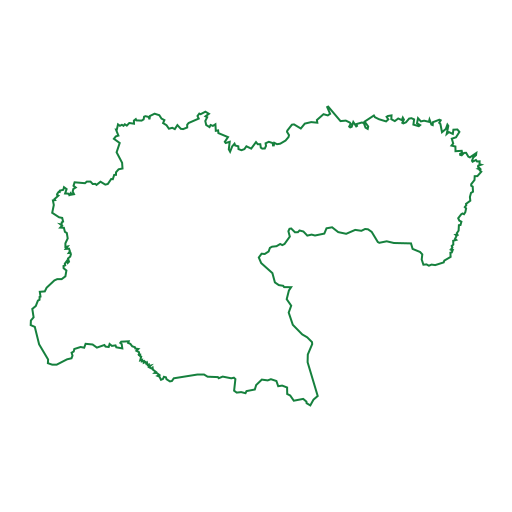 Baray, Kâmpóng Thum, Cambodia
{"feature_id": "14789045B44673491264626", "entity_name": "Baray", "entity_type": "district", "adm_level": 2, "iso_a3": "KHM", "parent_name": "Cambodia", "parent_adm1": "Kâmpóng Thum", "projection": "albers", "projection_center": [105.123, 12.367], "detail": "fine", "context": "isolated", "style": "outline", "palette": "green", "viewbox_px": 512, "rotation_deg": 0, "n_neighbors": 0, "source": "geoboundaries", "source_scale": "gbopen_adm2", "svg_char_len": 6031}
<svg xmlns="http://www.w3.org/2000/svg" viewBox="0 0 512 512"><path d="M171.9,381.0L173.8,378.3L197.6,374.5L204.0,374.5L207.6,376.7L217.9,377.1L218.7,378.2L222.7,376.6L231.3,378.3L233.9,377.7L235.4,379.1L234.1,390.7L236.7,392.6L241.2,392.1L245.5,393.2L246.5,391.1L254.8,389.5L256.2,385.0L261.8,379.6L267.7,380.4L270.9,379.2L276.4,381.0L278.2,386.2L282.2,385.6L287.1,387.5L287.2,394.0L290.2,395.5L293.8,400.7L303.2,398.9L306.4,401.6L306.6,403.2L310.3,405.4L313.5,399.6L317.7,396.0L307.6,362.2L307.8,354.5L312.2,344.1L312.0,342.1L307.2,337.3L302.2,334.4L292.8,324.8L288.7,312.6L291.2,305.7L286.7,299.2L288.9,290.5L291.1,287.2L284.1,287.1L283.2,285.8L278.8,285.1L274.9,282.4L272.4,273.1L261.2,263.1L258.8,257.5L261.6,253.7L264.7,254.0L268.6,251.5L269.9,247.9L272.0,246.7L276.5,246.2L280.2,244.0L282.3,245.1L284.5,244.0L289.8,236.6L288.4,231.2L289.5,228.8L291.2,228.5L295.0,232.3L297.9,232.2L299.5,230.5L303.4,231.5L307.3,235.6L311.6,234.6L315.0,235.5L324.3,233.6L326.5,228.3L332.1,227.3L338.2,232.1L346.2,233.8L355.2,229.9L361.4,230.8L365.1,229.0L368.0,229.3L371.7,231.9L377.8,242.0L379.3,242.8L386.7,241.3L393.9,243.0L411.0,243.4L412.6,248.9L420.1,252.0L422.3,254.4L421.7,259.5L423.4,264.7L426.5,264.4L428.9,265.7L431.5,264.6L435.2,265.1L443.7,262.4L444.3,260.6L450.6,256.9L450.4,252.7L451.8,252.4L452.5,250.6L451.2,249.9L452.4,249.4L451.5,248.7L452.4,247.4L451.7,246.0L453.3,244.6L453.2,240.8L456.2,239.9L455.0,238.9L456.6,235.8L455.7,234.9L457.5,234.8L456.8,233.2L458.6,230.6L458.9,225.2L460.5,225.0L461.4,221.7L459.3,220.6L458.2,218.2L461.2,214.3L462.5,213.5L464.0,214.2L465.3,212.2L466.1,208.4L464.8,207.1L466.3,205.2L466.0,203.9L470.3,200.7L469.9,197.0L471.0,192.9L473.0,191.7L472.7,186.6L471.2,185.7L471.2,184.2L474.5,180.0L474.7,176.2L477.4,176.1L481.3,171.7L479.8,170.4L480.3,169.6L478.3,168.8L479.7,168.3L478.0,166.8L478.2,165.7L481.1,164.7L479.5,164.2L479.6,161.3L477.1,161.5L475.9,160.0L472.6,161.7L472.0,160.8L473.2,157.5L476.0,155.2L476.3,153.0L469.9,157.4L468.3,156.6L466.1,152.8L464.1,152.9L461.7,155.3L460.2,154.9L460.1,153.9L462.1,152.6L461.7,150.8L455.5,151.2L455.4,146.5L451.5,145.6L453.2,143.5L451.8,138.7L456.0,137.3L459.4,131.9L457.4,129.5L453.4,129.7L452.8,133.9L448.9,132.1L446.7,134.0L448.3,125.9L447.4,124.6L445.8,129.0L442.0,132.2L440.4,124.0L439.2,122.8L440.7,120.3L439.4,119.7L432.9,122.2L432.7,125.1L431.4,124.6L429.5,119.5L428.9,121.8L424.1,120.7L420.9,121.4L418.0,118.2L417.0,123.3L420.1,125.1L418.8,126.2L413.4,124.6L414.1,119.4L411.4,118.2L409.1,118.6L406.0,122.3L403.3,123.4L402.3,122.8L403.9,119.6L402.8,117.6L401.8,120.1L398.2,118.5L394.8,121.1L391.3,119.2L391.5,115.4L387.9,116.0L386.6,116.8L388.3,119.4L386.1,121.4L378.9,119.2L374.9,117.2L373.9,115.5L364.6,121.6L368.2,126.5L367.7,128.9L365.5,127.6L363.9,123.2L361.9,122.5L356.3,124.1L357.0,125.9L356.2,126.4L353.3,122.0L351.7,126.8L350.2,127.4L349.2,126.6L350.7,123.8L349.9,122.6L345.8,120.6L340.5,121.1L328.2,106.6L327.2,107.1L330.1,113.8L327.8,115.4L323.5,114.2L316.9,120.0L317.3,122.7L311.2,122.1L304.8,123.6L300.8,128.5L294.0,124.4L291.9,124.7L287.3,130.6L287.0,131.8L289.0,135.1L288.5,137.1L285.5,140.6L280.2,143.7L277.0,144.2L274.3,142.8L273.8,145.4L273.0,145.4L272.8,143.1L268.8,141.8L265.6,143.3L266.0,145.9L264.8,148.5L262.2,148.6L260.8,147.6L260.3,144.2L257.7,144.2L256.0,142.1L251.2,148.6L246.4,146.3L244.4,149.1L241.5,150.2L238.5,149.1L238.3,146.3L235.2,145.5L234.5,143.7L232.2,146.4L230.1,151.7L228.8,149.3L229.7,141.8L225.7,143.0L224.8,141.8L228.0,137.1L218.4,133.1L218.1,130.4L215.8,130.8L215.4,124.3L212.9,125.9L210.6,125.0L209.5,127.1L206.2,125.0L205.3,121.0L207.2,117.2L205.5,116.3L208.9,113.8L205.4,111.7L200.6,114.2L199.3,113.6L197.5,116.0L198.7,118.6L188.6,123.0L187.2,124.7L187.2,127.5L183.1,129.1L180.8,128.8L177.4,125.1L174.8,129.1L172.3,127.8L168.9,128.7L166.5,125.2L163.1,123.1L164.4,120.1L161.5,118.6L159.3,115.2L154.6,113.7L149.9,116.0L149.5,119.3L148.6,116.9L145.4,116.2L144.1,116.7L143.6,119.4L141.6,120.6L136.4,120.4L135.8,119.1L133.9,120.6L134.0,123.7L129.3,123.0L126.8,125.6L124.8,124.3L123.5,125.8L121.9,124.8L119.9,125.8L118.0,124.4L116.8,129.7L116.0,129.6L118.4,135.6L115.8,136.4L113.9,138.8L119.7,143.0L116.6,152.3L122.1,162.8L122.5,168.5L118.6,169.3L116.0,172.3L116.0,174.8L114.2,174.9L112.8,179.2L111.2,179.0L107.8,184.0L105.3,184.6L100.5,181.7L96.5,184.9L95.4,183.9L92.7,184.0L90.5,181.6L86.8,181.6L85.0,183.2L74.6,182.3L73.5,185.8L75.7,187.5L73.3,189.0L72.7,191.5L74.0,194.2L70.6,194.8L71.5,193.8L70.7,193.0L69.5,194.9L68.1,193.6L65.1,193.5L66.6,189.1L64.0,187.2L63.3,189.8L59.9,190.6L59.7,192.0L58.7,191.8L57.3,193.7L57.0,194.8L58.4,195.6L54.5,199.1L55.1,200.1L52.9,200.4L53.8,205.0L52.2,212.8L59.1,217.3L62.2,217.9L63.1,221.6L61.7,222.4L61.7,224.5L60.4,224.3L62.1,225.7L60.3,227.6L63.9,227.8L64.9,231.8L66.8,233.0L67.7,238.4L65.4,243.3L65.4,247.0L67.6,246.5L65.8,248.9L69.0,248.7L69.9,251.2L68.7,253.0L70.5,252.9L70.9,254.3L70.2,256.6L68.0,258.5L69.0,261.7L67.7,263.0L66.8,261.0L64.8,263.7L65.2,265.3L63.5,266.0L63.6,268.2L66.4,270.5L65.4,276.3L61.7,279.1L57.3,279.1L54.4,280.4L46.6,287.7L44.8,291.4L39.8,291.8L40.5,296.6L39.6,296.9L39.5,299.8L37.9,300.6L35.8,306.0L32.3,308.9L33.6,317.3L30.9,320.5L30.7,325.1L34.8,326.9L39.1,344.3L48.1,359.5L47.9,363.2L52.3,364.7L56.6,364.7L67.1,359.3L71.5,358.3L72.5,355.6L71.6,352.7L73.7,351.5L74.3,349.0L80.6,347.0L84.2,347.7L85.6,343.8L92.6,344.5L96.9,347.6L104.4,345.0L105.5,346.6L108.7,347.0L109.6,344.0L111.9,345.9L115.5,345.4L116.3,347.3L122.3,348.4L121.7,344.1L120.3,342.9L121.2,341.7L128.7,341.3L128.1,342.9L130.4,343.9L132.2,346.3L134.9,347.2L135.3,348.5L138.3,349.0L136.4,350.8L139.0,352.2L139.2,354.2L138.1,355.2L140.2,354.7L140.2,356.3L141.2,356.7L140.2,360.4L142.1,359.8L141.9,361.4L143.9,361.0L143.8,362.7L145.5,361.9L146.2,363.5L147.0,362.6L147.7,365.2L148.9,364.6L149.0,366.0L150.6,365.6L149.0,367.2L151.5,368.5L152.6,367.6L152.9,369.6L155.9,371.9L154.7,372.9L156.8,373.0L159.4,375.0L157.6,375.9L159.5,376.7L161.0,379.8L163.0,378.9L163.9,376.8L165.9,377.3L166.5,379.2L169.9,381.4L171.9,381.0Z" fill="none" stroke="#15803d" stroke-width="2"/></svg>